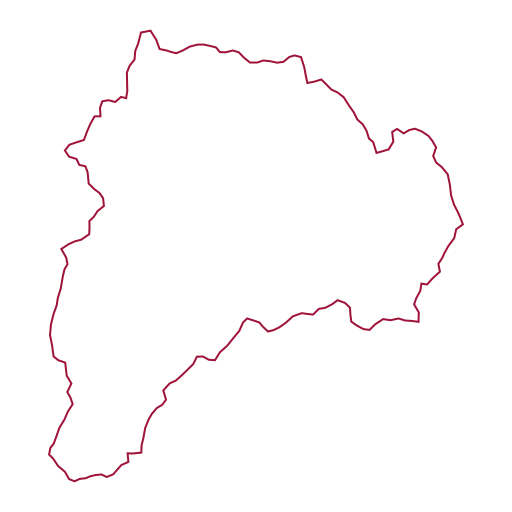 Mairiporã, São Paulo, Brazil
{"feature_id": "56859067B71773978858483", "entity_name": "Mairiporã", "entity_type": "district", "adm_level": 2, "iso_a3": "BRA", "parent_name": "Brazil", "parent_adm1": "São Paulo", "projection": "equal_earth", "projection_center": [-46.564, -23.328], "detail": "fine", "context": "isolated", "style": "outline", "palette": "rose", "viewbox_px": 512, "rotation_deg": 0, "n_neighbors": 0, "source": "geoboundaries", "source_scale": "gbopen_adm2", "svg_char_len": 2603}
<svg xmlns="http://www.w3.org/2000/svg" viewBox="0 0 512 512"><path d="M102.3,101.3L100.0,107.9L100.5,116.3L94.6,116.3L90.4,123.8L87.2,131.1L83.9,140.0L76.2,142.4L69.3,144.8L64.9,150.5L69.1,156.7L76.5,159.0L79.3,164.9L85.4,166.3L87.6,172.2L88.7,183.6L94.6,189.4L99.4,192.9L103.1,198.2L103.9,206.0L97.6,211.0L93.8,216.8L89.4,221.0L89.5,227.8L89.2,234.2L81.2,239.7L75.0,241.3L68.8,244.1L61.3,249.0L66.2,257.6L67.5,264.2L64.5,269.3L62.7,277.0L60.8,288.3L57.8,298.0L56.7,305.3L53.6,313.9L51.0,324.3L50.0,335.0L52.0,345.0L53.6,356.5L58.3,360.2L65.2,362.6L66.7,375.7L71.4,383.4L67.3,392.0L70.4,397.5L72.7,404.1L67.8,411.7L64.4,419.6L59.3,428.0L56.3,436.7L53.7,443.6L50.3,448.0L49.1,454.6L53.2,458.7L58.0,465.9L65.0,471.9L69.1,479.1L74.6,481.3L79.7,478.9L85.8,478.2L90.2,476.3L95.7,475.0L101.6,474.5L106.7,477.0L113.2,474.3L121.4,465.0L128.4,461.9L127.6,453.3L132.5,453.5L141.3,452.6L141.6,445.3L143.4,437.9L145.2,428.0L148.5,419.7L151.9,413.8L157.0,407.9L162.2,404.8L166.0,399.7L163.3,390.4L169.7,383.4L175.8,380.6L180.0,376.9L185.1,372.1L193.3,364.0L196.9,356.7L202.9,356.5L208.9,359.8L215.0,360.2L219.9,352.3L227.5,345.4L234.1,337.1L239.3,330.9L243.0,322.5L247.1,318.5L252.7,320.2L259.4,322.5L262.9,326.7L268.0,331.5L273.3,330.2L279.2,327.4L286.0,322.6L292.9,316.3L301.6,313.2L313.0,314.6L318.7,309.0L325.5,307.7L332.2,304.2L337.6,300.2L345.0,302.9L350.0,307.7L350.4,314.6L351.3,321.6L356.9,325.6L363.5,329.1L369.5,329.9L375.2,324.3L383.1,319.1L390.4,320.2L398.6,318.5L405.1,320.5L411.3,320.9L418.5,321.8L418.8,312.5L414.1,304.3L416.2,298.4L420.3,290.7L421.4,283.6L427.0,284.5L433.0,277.9L439.9,271.7L438.4,263.8L442.2,258.0L444.6,252.7L448.3,246.1L454.2,238.2L456.2,229.3L462.9,224.3L458.5,213.4L453.9,204.4L451.1,195.4L449.8,184.3L447.7,174.3L441.8,167.1L436.1,162.5L433.2,156.0L436.1,147.4L432.5,141.1L428.6,136.0L421.7,131.4L414.9,128.7L409.3,130.0L403.7,133.4L397.1,128.9L392.2,132.0L393.3,141.7L388.6,149.4L382.0,151.4L376.5,152.9L373.2,142.1L369.0,138.6L366.5,130.7L362.6,124.2L357.4,119.6L353.8,112.4L349.2,105.8L343.6,97.1L337.3,92.3L331.4,89.6L326.0,84.1L321.3,79.5L314.1,81.7L307.4,83.0L305.8,75.7L304.3,67.4L301.0,57.1L294.5,55.4L289.3,57.0L283.5,61.8L277.2,62.7L270.2,61.2L263.3,60.5L257.3,62.5L249.9,62.5L243.7,57.4L238.8,52.3L232.8,50.5L225.6,52.3L219.9,52.1L216.0,47.4L210.7,46.1L204.0,44.6L197.5,44.6L189.8,46.6L182.7,50.5L176.4,53.2L171.5,52.1L166.6,50.5L159.6,49.0L156.2,39.7L150.5,30.7L141.0,32.5L138.2,43.5L135.3,50.8L134.5,59.6L129.7,65.6L126.9,72.6L127.1,82.6L127.3,91.2L126.1,98.2L121.1,96.9L115.2,102.0L108.6,100.2L102.3,101.3Z" fill="none" stroke="#9f1239" stroke-width="2"/></svg>